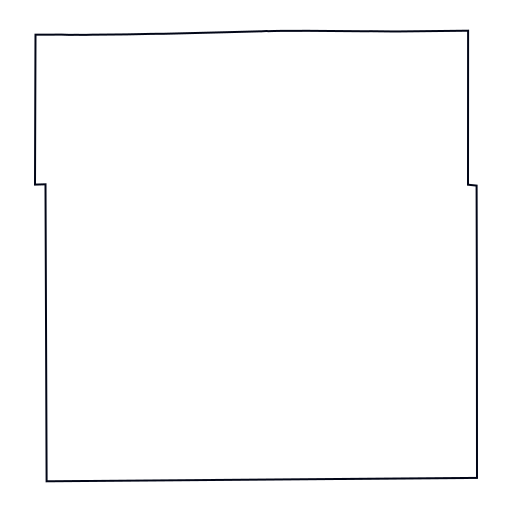 outline of Mercer, Missouri, United States of America
{"feature_id": "52423323B31950432025516", "entity_name": "Mercer", "entity_type": "district", "adm_level": 2, "iso_a3": "USA", "parent_name": "United States of America", "parent_adm1": "Missouri", "projection": "orthographic", "projection_center": [-93.589, 40.422], "detail": "fine", "context": "isolated", "style": "outline", "palette": "ink", "viewbox_px": 512, "rotation_deg": 0, "n_neighbors": 0, "source": "geoboundaries", "source_scale": "gbopen_adm2", "svg_char_len": 532}
<svg xmlns="http://www.w3.org/2000/svg" viewBox="0 0 512 512"><path d="M477.0,477.9L476.9,311.7L476.6,185.6L468.0,184.7L468.1,30.7L395.2,31.5L369.8,31.2L368.1,31.3L306.2,30.8L302.4,30.8L301.8,30.9L280.0,30.9L273.9,31.0L270.7,31.1L268.5,31.2L266.5,31.0L261.7,31.3L261.1,31.4L260.7,31.3L227.0,32.2L163.3,33.8L160.0,33.8L157.1,33.8L149.7,33.9L140.7,34.1L126.4,34.4L91.7,34.7L85.3,34.9L75.7,34.8L69.7,34.9L61.6,34.6L40.0,34.7L35.5,34.7L35.0,184.6L45.5,184.3L46.6,481.3L477.0,477.9Z" fill="none" stroke="#020617" stroke-width="2"/></svg>